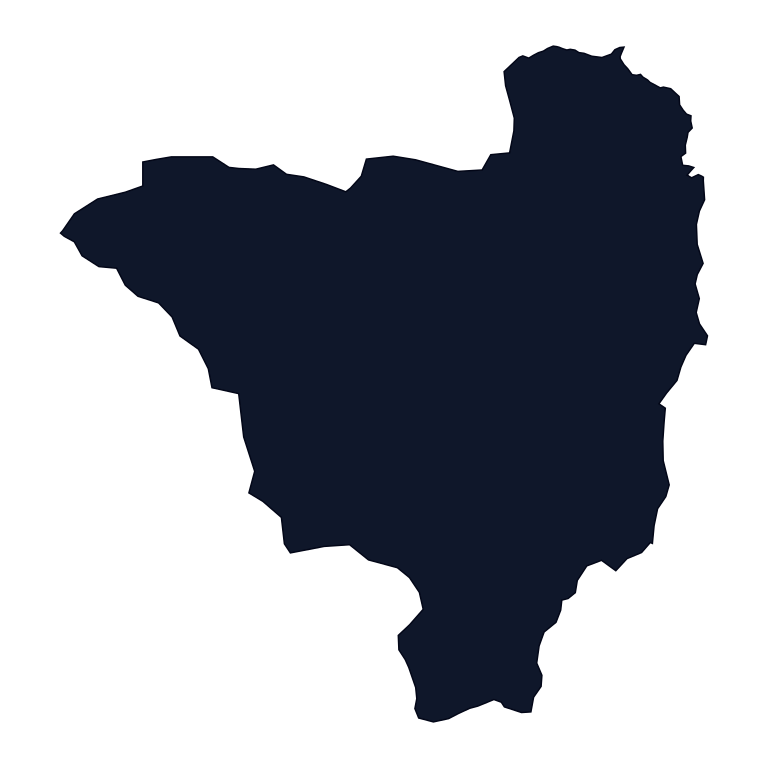 the district of Statos Agios Fotios, Paphos, Cyprus
{"feature_id": "46923920B39520008883150", "entity_name": "Statos Agios Fotios", "entity_type": "district", "adm_level": 2, "iso_a3": "CYP", "parent_name": "Cyprus", "parent_adm1": "Paphos", "projection": "orthographic", "projection_center": [32.607, 34.88], "detail": "fine", "context": "isolated", "style": "filled", "palette": "ink", "viewbox_px": 768, "rotation_deg": 0, "n_neighbors": 0, "source": "geoboundaries", "source_scale": "gbopen_adm2", "svg_char_len": 2409}
<svg xmlns="http://www.w3.org/2000/svg" viewBox="0 0 768 768"><path d="M519.1,57.4L504.1,71.6L505.6,85.7L509.9,101.4L514.3,118.1L513.9,130.8L509.6,152.9L490.8,154.7L482.1,170.0L457.9,171.4L415.6,159.8L393.2,156.2L366.4,159.1L361.3,176.2L350.5,188.1L345.8,191.8L326.6,184.5L303.9,176.9L286.5,174.3L273.5,164.9L255.8,169.2L238.8,168.5L229.0,167.4L212.8,156.9L193.2,156.9L171.2,156.9L156.4,159.4L142.8,162.0L142.8,186.0L125.3,192.2L97.6,199.0L74.4,213.8L62.6,230.8L60.5,233.1L64.4,236.4L74.3,241.8L82.1,255.8L98.9,266.6L116.6,268.2L125.3,285.2L138.0,296.3L158.6,302.9L172.1,317.0L180.0,336.0L198.5,349.2L208.3,368.7L212.0,387.7L238.7,393.6L243.7,437.0L254.7,471.3L248.9,492.9L262.8,501.3L281.4,517.4L284.4,543.8L290.4,552.9L324.1,546.4L349.6,544.7L368.5,559.9L397.4,567.7L409.5,577.6L419.4,592.4L423.2,609.3L409.6,624.8L398.3,635.4L398.9,649.8L405.2,659.5L408.8,667.5L415.7,687.5L416.8,698.6L414.9,708.6L418.7,718.0L423.6,719.3L433.4,721.9L448.6,718.6L458.2,713.6L469.6,708.3L477.8,706.1L493.9,699.5L501.3,702.2L504.4,706.9L521.5,712.5L530.9,711.9L533.6,697.2L541.1,686.4L541.9,675.3L536.7,663.1L539.1,645.9L544.1,632.0L556.0,622.3L560.7,610.1L561.8,600.1L568.1,598.5L575.3,592.6L577.3,580.4L586.8,565.9L601.5,560.3L615.8,570.7L627.0,558.6L641.6,552.5L650.3,542.5L652.4,543.4L652.5,542.2L654.1,525.6L657.6,508.7L665.8,496.6L669.2,484.9L663.2,460.6L662.8,441.1L664.1,422.0L665.3,408.2L658.9,403.8L666.6,393.0L677.0,380.4L680.9,367.0L686.0,355.3L694.3,343.3L705.6,344.7L706.1,342.5L707.5,335.8L699.5,323.9L696.2,312.5L699.3,298.6L695.1,283.9L697.3,274.5L703.1,263.4L697.2,244.4L696.4,224.4L699.4,211.0L704.6,199.8L703.3,180.7L703.4,177.2L701.6,176.1L698.3,174.6L691.6,177.8L687.3,175.3L687.5,175.2L687.2,175.0L690.8,170.8L693.8,167.5L688.7,165.9L682.8,165.3L682.6,165.0L680.9,156.6L685.6,153.1L685.3,145.1L687.2,137.3L688.0,132.4L692.2,128.0L690.7,121.0L691.0,115.8L686.5,114.1L683.1,110.1L679.6,104.8L679.6,104.7L679.1,96.5L675.3,93.0L670.7,88.7L663.4,87.1L660.3,87.9L649.9,82.3L647.6,80.0L642.9,77.1L640.5,74.4L636.6,75.3L632.1,74.7L627.8,68.8L624.0,64.7L620.4,59.0L620.3,58.6L620.1,56.6L621.5,53.0L624.0,47.1L619.8,47.5L614.9,49.7L611.4,54.1L602.0,57.5L591.7,56.2L584.0,53.3L578.9,52.6L575.0,50.1L570.2,49.3L566.8,50.0L562.7,48.7L559.0,47.2L556.7,46.6L553.2,46.1L547.5,48.5L543.4,51.1L538.4,52.7L533.6,55.2L528.8,58.1L522.8,55.9L519.9,57.1L519.1,57.4Z" fill="#0f172a" stroke="#020617" stroke-width="1.5"/></svg>